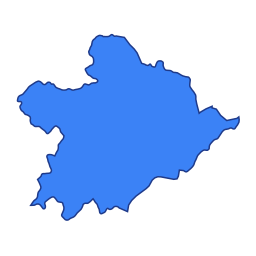 Grad Beograd, Robinson projection, rotated 91°
{"feature_id": "SRB-836", "entity_name": "Grad Beograd", "entity_type": "City", "adm_level": 1, "iso_a3": "SRB", "parent_name": "Republic of Serbia", "parent_adm1": "", "projection": "robinson", "projection_center": [20.4, 44.661], "detail": "fine", "context": "isolated", "style": "filled", "palette": "blue", "viewbox_px": 256, "rotation_deg": 91, "n_neighbors": 0, "source": "natural_earth", "source_scale": "10m", "svg_char_len": 5859}
<svg xmlns="http://www.w3.org/2000/svg" viewBox="0 0 256 256"><g transform="rotate(91 128 128)"><path d="M37.5,133.2L44.6,127.7L48.9,123.2L52.8,120.2L63.1,115.5L64.0,112.3L64.6,111.4L65.1,109.6L65.1,109.1L64.9,108.6L63.8,107.3L63.7,107.0L63.9,106.6L64.1,106.4L65.4,105.6L65.7,105.4L66.0,105.0L66.6,103.2L66.6,102.7L66.5,102.2L66.1,101.8L65.8,101.6L64.1,101.1L62.6,100.5L61.8,100.1L61.0,99.5L60.5,98.7L60.4,97.9L60.3,97.2L60.4,96.4L60.5,95.7L61.3,94.5L61.7,94.1L62.5,93.9L64.6,94.0L66.1,93.6L67.5,93.0L68.3,92.5L69.0,91.9L69.3,91.5L69.6,90.4L69.8,86.9L70.0,86.2L70.3,85.6L71.4,83.9L71.6,83.3L71.7,81.4L72.0,79.5L74.4,75.3L75.0,73.9L75.7,71.3L76.0,68.8L76.1,68.4L76.5,67.9L77.9,66.9L78.8,66.6L82.9,67.0L84.6,67.0L85.2,66.9L86.2,66.4L88.9,64.5L90.5,63.1L93.8,61.0L95.4,60.7L98.0,60.7L102.7,59.7L112.0,57.1L110.8,55.7L107.5,50.3L104.8,44.3L106.4,44.3L107.6,40.0L113.8,35.6L118.8,29.4L116.5,19.3L115.0,17.4L117.7,17.0L119.4,17.1L120.2,17.2L121.1,17.6L122.9,18.5L124.7,19.8L126.6,21.0L126.9,21.4L127.1,21.9L127.1,22.4L127.0,23.0L126.2,24.6L126.2,25.3L126.3,25.8L127.2,27.9L127.8,30.9L128.2,31.7L128.8,32.5L130.2,33.8L136.5,37.8L137.0,38.3L137.3,38.8L138.1,41.1L138.5,41.7L139.0,42.3L140.2,43.4L142.2,45.1L143.3,45.8L143.9,46.1L145.2,46.4L147.1,46.5L147.8,46.8L148.2,47.2L148.8,48.1L148.9,48.8L148.7,50.8L148.7,51.4L148.9,52.0L149.1,52.5L150.2,54.0L150.7,54.6L153.6,57.3L154.8,58.1L158.4,59.5L160.6,60.6L163.5,61.5L164.6,62.1L165.8,63.0L167.4,64.5L170.3,67.8L170.6,68.4L170.8,68.9L170.8,69.5L170.6,70.0L170.3,70.6L169.6,71.7L169.2,75.9L175.3,76.8L178.0,78.1L178.5,81.3L176.3,94.2L176.2,97.3L177.4,100.4L179.7,102.9L185.6,106.0L188.3,108.8L195.8,118.6L200.4,123.1L205.0,126.0L211.6,127.0L208.1,135.4L207.0,136.7L206.7,137.4L206.6,138.5L206.6,139.1L206.7,139.7L206.9,140.3L207.3,140.8L208.8,142.3L209.3,143.1L209.6,144.0L209.7,144.8L209.6,145.4L208.7,146.7L208.7,146.9L208.8,147.3L209.7,148.1L211.7,149.1L212.6,149.8L213.1,150.7L214.0,152.5L214.2,153.3L214.1,153.8L213.8,154.2L213.3,154.6L212.9,154.8L209.8,155.4L207.6,156.5L205.3,157.3L204.7,157.6L202.8,159.4L200.3,161.0L199.4,161.7L202.2,164.5L203.6,166.3L203.9,166.9L204.0,167.4L204.0,169.3L204.1,169.9L204.8,171.1L205.2,171.5L206.7,171.9L208.4,172.6L210.2,173.6L213.8,177.3L216.3,179.1L217.3,180.0L218.1,181.2L219.4,184.1L220.8,185.9L221.1,186.9L221.1,188.1L220.9,188.7L220.6,189.3L218.0,191.9L217.5,192.4L216.5,192.8L216.0,192.8L215.4,192.6L211.5,191.0L210.2,190.7L208.5,190.7L207.7,190.9L206.4,191.4L204.3,192.0L204.0,192.2L203.7,192.7L203.5,193.2L203.1,196.1L202.9,196.7L202.5,197.2L202.0,197.7L200.2,199.0L199.1,200.0L198.6,200.5L198.3,201.1L198.2,201.6L198.3,202.6L198.8,203.7L199.5,204.8L200.6,206.3L202.8,208.9L203.4,209.5L203.9,209.8L204.8,209.9L205.4,209.9L207.1,209.3L208.4,209.2L209.4,209.5L209.9,209.8L210.2,210.3L210.3,210.8L210.1,211.5L206.6,214.3L206.0,215.1L205.6,216.1L205.6,216.8L205.6,217.6L205.8,218.3L206.7,220.0L206.9,221.1L207.0,223.9L203.9,221.9L202.4,220.8L201.7,220.0L200.8,218.8L199.9,218.0L199.3,217.7L198.3,217.3L195.5,217.0L193.8,216.6L193.2,216.2L191.3,214.8L189.6,214.1L188.4,214.1L186.9,214.6L184.0,215.9L181.0,217.5L179.1,215.4L178.1,214.4L177.7,214.1L176.2,213.6L175.7,213.3L175.3,212.8L175.1,212.0L175.1,210.7L174.8,208.6L174.6,206.3L174.5,205.6L174.2,205.1L173.9,204.6L172.8,204.0L171.8,203.8L171.2,203.9L170.5,204.1L168.1,205.3L164.7,206.4L163.0,207.2L160.4,207.8L158.3,208.6L157.8,208.6L157.0,208.4L156.6,208.1L156.1,207.4L156.0,206.6L155.9,205.9L156.0,204.3L156.2,203.5L157.2,200.7L153.8,199.2L151.2,197.7L150.4,197.5L148.7,197.3L146.6,197.4L145.7,197.2L144.3,195.9L142.1,194.4L139.9,192.6L138.8,192.2L136.9,191.9L133.1,195.2L132.1,195.6L130.8,195.9L130.0,196.2L129.5,196.6L128.6,197.7L127.7,198.9L127.3,199.7L127.2,199.9L127.3,200.5L127.9,201.6L130.7,204.1L132.6,205.3L134.6,207.4L134.9,207.9L135.0,208.5L134.9,208.9L134.6,209.3L132.9,210.6L132.1,211.4L129.8,214.6L128.3,216.2L128.0,217.0L128.1,219.9L128.1,220.6L128.0,221.2L127.4,222.1L126.3,223.4L125.7,224.5L125.6,224.8L124.6,225.3L123.3,225.7L121.8,225.9L120.1,225.7L119.5,225.8L118.6,226.1L118.0,226.7L117.2,227.9L116.6,229.2L116.3,230.5L115.9,231.3L113.7,233.0L112.4,234.8L111.8,235.2L110.5,235.9L109.5,236.2L108.7,236.4L107.8,236.2L106.3,235.2L105.4,234.8L104.6,234.8L104.2,234.9L103.8,235.2L103.5,235.6L103.4,236.1L103.5,237.5L103.4,238.0L103.3,238.5L103.0,238.9L102.3,239.0L100.2,238.6L99.2,238.3L98.6,237.9L98.0,237.4L97.5,236.7L96.4,234.3L95.8,233.5L91.1,229.6L88.9,228.1L87.7,226.8L83.8,221.1L82.7,218.6L82.7,218.0L83.0,217.1L83.3,216.4L84.1,215.3L85.6,213.7L85.9,213.1L86.0,212.6L86.0,212.1L85.9,211.5L85.6,211.1L84.1,209.5L83.8,209.1L83.7,208.7L83.6,208.2L83.7,207.2L83.8,206.9L84.2,206.4L85.3,205.5L85.5,205.1L85.3,203.8L85.4,203.4L85.6,203.1L86.3,202.5L88.4,201.0L89.0,200.0L89.6,198.7L90.1,197.0L91.0,194.8L91.2,193.5L91.2,192.1L91.0,190.7L90.8,190.1L90.1,189.0L89.9,188.4L89.8,187.8L90.0,186.8L90.9,184.7L91.1,183.8L91.1,183.3L90.5,181.3L90.0,178.8L89.2,176.1L87.9,174.6L87.2,174.1L85.3,172.9L84.8,172.1L84.7,171.6L85.5,168.6L85.6,168.3L85.5,167.7L85.2,167.1L83.9,165.3L83.5,163.1L83.5,161.8L83.4,161.2L82.8,160.0L82.3,159.4L81.8,159.1L81.1,159.1L80.6,159.3L79.7,160.3L79.2,161.2L79.0,163.0L78.7,163.8L78.2,164.5L77.3,165.5L76.7,166.3L76.2,167.1L75.8,168.2L75.2,168.9L73.7,170.0L70.7,171.6L70.2,171.7L69.7,171.6L69.2,171.2L68.9,170.7L67.6,168.6L66.4,167.1L65.6,165.1L65.2,164.5L64.6,164.1L63.3,163.6L62.2,163.5L60.5,163.6L59.6,163.7L58.8,163.9L58.0,164.4L57.3,164.9L56.9,165.4L56.0,167.0L55.2,167.8L54.4,168.1L52.6,168.6L51.7,168.4L50.5,167.8L48.2,167.1L46.1,165.9L42.2,165.2L41.0,164.6L40.1,163.8L39.2,162.6L38.0,161.7L37.2,160.8L36.7,159.9L36.2,159.0L35.9,158.1L35.9,157.5L36.3,155.3L37.0,154.5L37.0,150.4L36.8,149.1L36.6,148.5L36.4,148.1L35.4,146.9L35.0,146.3L34.9,145.7L35.1,145.1L36.4,143.3L36.5,143.0L36.5,142.6L36.2,141.5L37.5,133.2Z" fill="#3b82f6" stroke="#1e3a8a" stroke-width="1.5"/></g></svg>